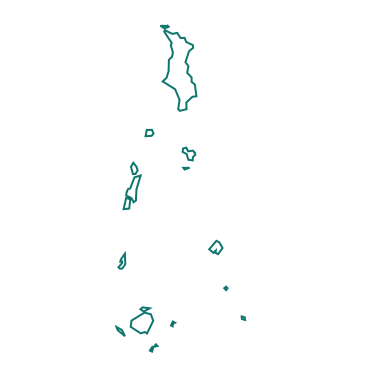 Maluku Barat Daya, Maluku, Indonesia, rotated 96°
{"feature_id": "22746128B88480653802061", "entity_name": "Maluku Barat Daya", "entity_type": "district", "adm_level": 2, "iso_a3": "IDN", "parent_name": "Indonesia", "parent_adm1": "Maluku", "projection": "robinson", "projection_center": [127.795, -7.318], "detail": "medium", "context": "isolated", "style": "outline", "palette": "teal", "viewbox_px": 384, "rotation_deg": 96, "n_neighbors": 0, "source": "geoboundaries", "source_scale": "gbopen_adm2", "svg_char_len": 1946}
<svg xmlns="http://www.w3.org/2000/svg" viewBox="0 0 384 384"><g transform="rotate(96 192 192)"><path d="M96.4,197.6L84.8,200.4L82.5,203.9L78.1,204.4L73.9,209.3L67.3,208.7L63.5,212.1L52.2,209.6L48.6,206.0L45.8,206.5L43.4,213.5L39.5,215.5L40.1,219.5L35.3,223.4L36.8,228.0L34.0,235.8L35.4,236.4L46.0,227.7L48.4,228.4L55.1,225.6L59.6,226.0L63.0,228.8L74.4,227.9L81.2,229.3L85.1,232.7L91.6,219.5L101.6,214.0L110.9,214.4L112.6,212.6L110.2,206.1L103.6,207.0L97.2,201.5L96.4,197.6ZM324.1,217.1L317.9,220.1L316.9,226.6L326.2,238.7L332.5,238.9L337.9,228.3L336.2,224.3L337.4,222.0L324.1,217.1ZM195.0,247.5L181.0,244.8L183.5,250.8L194.9,253.8L195.9,256.0L199.2,257.0L202.3,257.1L204.5,251.5L208.3,249.0L206.3,246.9L195.0,247.5ZM244.5,155.8L239.3,159.5L238.0,162.6L247.2,168.9L250.3,164.4L247.7,162.2L250.1,162.2L251.1,159.5L244.5,155.8ZM153.3,192.5L150.8,195.3L151.9,200.2L148.5,202.3L149.7,205.4L153.1,205.5L154.8,201.3L160.3,199.0L160.5,194.6L157.2,194.8L154.7,192.6L152.8,193.7L153.3,192.5ZM215.0,252.7L205.7,252.6L204.8,256.9L216.2,258.2L215.0,252.7ZM270.8,250.8L260.4,252.3L266.5,255.7L268.8,256.0L268.4,254.3L270.0,254.1L274.6,257.3L275.8,255.7L275.5,253.5L270.8,250.8ZM176.2,248.3L172.5,250.0L169.1,253.5L173.4,255.3L180.3,252.6L180.0,250.1L176.2,248.3ZM138.0,236.4L134.4,238.3L135.0,243.5L141.4,244.0L140.3,238.0L138.0,236.4ZM342.4,243.6L336.7,247.1L334.1,253.0L337.1,251.5L342.4,243.6ZM312.1,221.9L311.9,229.0L314.0,231.0L315.9,227.4L312.1,221.9ZM30.1,232.5L29.1,233.6L29.5,234.0L29.8,239.2L30.0,240.1L30.3,240.2L32.2,236.4L30.1,232.5ZM313.7,125.8L311.0,126.5L310.6,129.6L313.1,129.1L313.7,125.8ZM323.8,195.2L322.8,197.5L326.9,198.9L327.6,197.2L325.0,197.2L323.8,195.2ZM284.0,146.6L282.6,148.2L284.3,149.9L286.0,147.8L284.0,146.6ZM354.9,215.1L350.9,214.3L350.2,215.3L354.1,217.3L354.9,215.1ZM348.8,210.3L347.3,212.0L349.9,213.6L348.8,210.3ZM170.4,201.7L168.2,197.0L168.9,203.1L170.4,201.7Z" fill="none" stroke="#0f766e" stroke-width="2"/></g></svg>